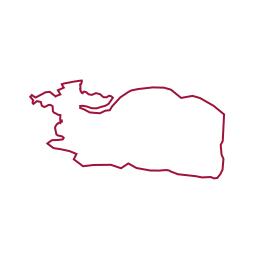 the district of Okrika, Rivers, Nigeria, rotated 287°
{"feature_id": "59680162B90615098764032", "entity_name": "Okrika", "entity_type": "district", "adm_level": 2, "iso_a3": "NGA", "parent_name": "Nigeria", "parent_adm1": "Rivers", "projection": "natural_earth1", "projection_center": [7.075, 4.627], "detail": "fine", "context": "isolated", "style": "outline", "palette": "rose", "viewbox_px": 256, "rotation_deg": 287, "n_neighbors": 0, "source": "geoboundaries", "source_scale": "gbopen_adm2", "svg_char_len": 2042}
<svg xmlns="http://www.w3.org/2000/svg" viewBox="0 0 256 256"><g transform="rotate(287 128 128)"><path d="M87.5,133.1L94.2,138.7L92.2,147.8L93.9,161.9L96.3,170.0L98.9,176.6L99.4,179.7L98.9,181.7L98.4,189.4L101.7,206.7L102.4,213.3L103.9,217.5L105.3,221.4L105.0,225.0L106.3,228.0L110.9,229.8L115.7,230.6L126.4,228.3L130.0,225.2L138.9,221.6L143.3,222.4L169.1,215.9L174.2,203.5L177.7,188.2L177.6,180.4L172.3,170.0L177.2,157.9L177.1,150.7L174.8,142.4L174.1,139.9L168.3,126.5L165.0,120.4L162.8,118.0L155.2,111.8L143.9,106.4L139.7,105.4L137.9,101.2L133.9,96.9L131.7,86.9L132.9,80.8L133.2,78.2L133.1,76.5L135.0,75.8L136.0,78.2L136.5,82.1L136.4,85.0L136.4,87.8L137.6,92.2L140.1,95.8L142.7,99.9L145.5,102.4L152.5,104.7L153.4,102.8L153.3,100.4L151.1,98.6L150.3,95.6L150.9,94.0L152.1,91.7L152.0,87.2L149.1,83.7L148.7,80.4L149.4,79.0L150.0,77.6L150.0,75.4L149.1,74.8L148.0,74.4L148.2,73.4L148.9,72.9L149.0,72.2L150.2,71.6L150.7,71.3L151.1,70.9L151.3,70.8L151.5,71.1L153.1,70.6L155.2,69.7L155.7,69.5L156.0,70.2L158.9,70.3L159.2,70.3L159.5,70.2L159.9,69.9L158.5,66.8L156.0,61.6L154.5,58.9L151.8,53.7L151.3,53.0L150.8,52.4L150.5,51.9L150.2,52.1L149.8,52.5L149.0,53.4L147.8,54.8L143.6,49.9L142.0,51.7L140.3,53.5L137.7,50.0L137.0,49.6L139.2,43.8L139.7,42.7L137.9,38.4L136.6,37.3L130.1,30.7L131.0,27.5L131.4,26.4L129.3,25.4L127.4,28.3L127.0,28.9L126.7,29.3L126.0,29.1L124.7,29.3L124.2,29.4L123.9,29.6L123.4,30.5L127.1,33.1L127.4,37.0L124.1,39.1L123.6,41.9L125.8,44.4L126.8,45.2L127.4,47.0L127.2,48.0L126.8,49.5L124.5,50.4L122.2,51.2L121.0,52.7L120.9,54.2L120.2,57.6L120.6,59.6L116.4,60.6L115.3,61.1L115.9,62.4L115.1,62.8L115.1,62.0L115.0,61.9L114.4,61.9L113.6,62.0L113.0,61.9L113.2,61.3L113.2,61.0L113.0,60.6L112.6,60.2L111.9,60.0L111.6,59.3L110.5,58.8L109.4,58.4L107.9,58.1L106.7,58.2L101.0,61.4L100.4,62.8L100.7,67.5L99.8,69.4L98.1,69.0L96.2,64.9L94.1,58.8L89.8,55.5L89.6,55.4L87.2,62.0L87.1,63.7L87.9,68.6L88.3,72.7L88.8,78.9L88.8,79.0L88.1,86.3L82.2,85.3L78.3,96.2L82.6,106.0L87.8,122.4L87.5,133.1Z" fill="none" stroke="#9f1239" stroke-width="2"/></g></svg>